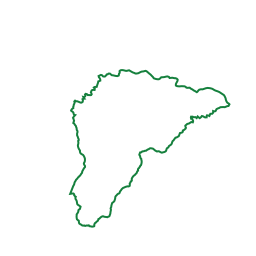 outline of Santa Rosa do Tocantins, Tocantins, Brazil, rotated 143°
{"feature_id": "56859067B11152790911954", "entity_name": "Santa Rosa do Tocantins", "entity_type": "district", "adm_level": 2, "iso_a3": "BRA", "parent_name": "Brazil", "parent_adm1": "Tocantins", "projection": "albers", "projection_center": [-48.09, -11.411], "detail": "fine", "context": "isolated", "style": "outline", "palette": "green", "viewbox_px": 256, "rotation_deg": 143, "n_neighbors": 0, "source": "geoboundaries", "source_scale": "gbopen_adm2", "svg_char_len": 5672}
<svg xmlns="http://www.w3.org/2000/svg" viewBox="0 0 256 256"><g transform="rotate(143 128 128)"><path d="M31.6,96.6L33.4,101.7L34.3,103.3L35.4,104.9L36.1,106.1L36.8,107.9L37.3,108.9L38.5,110.4L40.3,112.1L41.9,112.9L44.3,113.7L45.2,114.0L46.4,115.0L48.0,115.7L49.3,115.6L50.6,115.2L51.5,115.2L52.4,117.5L52.9,118.4L53.4,120.2L53.9,120.9L54.5,123.1L56.5,124.4L57.1,125.1L57.2,126.2L57.8,127.3L60.1,129.2L61.9,130.3L62.7,131.0L63.7,132.0L64.2,133.1L63.4,134.2L62.6,134.7L60.0,135.9L59.2,136.8L59.4,138.1L60.1,139.2L60.8,139.7L62.4,141.5L64.7,142.9L64.6,144.2L65.5,145.5L66.6,146.1L67.6,146.5L68.5,146.9L69.5,147.5L70.9,148.5L73.1,148.2L74.1,148.4L75.1,149.2L76.1,150.2L76.9,151.3L77.5,152.2L77.4,153.6L77.7,155.8L77.8,157.0L78.2,158.4L78.7,160.8L79.0,162.1L79.5,163.0L80.3,163.4L81.6,163.9L83.3,164.9L85.2,165.3L86.7,165.5L87.7,166.0L88.8,166.6L89.4,167.2L89.7,168.0L90.5,169.1L91.2,170.5L91.6,171.5L92.4,173.4L93.2,173.8L94.6,174.4L95.5,175.1L96.0,175.8L96.9,176.9L97.5,177.5L98.1,178.0L99.3,178.6L100.5,178.5L101.4,177.1L102.6,176.7L103.8,175.5L105.2,175.8L106.3,176.8L107.1,177.7L108.0,178.8L109.2,180.0L109.7,182.3L110.9,183.2L112.0,183.1L112.8,183.6L113.7,183.2L114.6,183.1L115.4,183.0L116.2,183.5L116.9,184.3L117.0,185.8L117.7,186.7L118.8,186.9L120.2,187.2L120.7,186.0L120.6,184.8L120.9,183.6L121.6,182.5L122.8,182.8L123.7,183.1L124.4,182.4L125.4,181.7L126.5,181.0L127.4,180.3L128.3,179.7L129.0,180.3L130.0,180.8L130.9,180.9L130.9,179.3L131.8,178.5L132.7,179.3L133.4,179.7L134.3,179.9L135.3,179.4L136.3,178.7L136.3,177.8L136.7,176.8L137.6,176.5L138.5,177.0L139.3,177.8L140.3,178.5L140.3,179.4L140.7,180.1L141.3,180.8L142.2,180.6L142.5,179.5L143.3,179.0L144.4,179.1L145.0,179.8L145.3,178.8L145.2,177.7L146.2,178.3L147.0,178.4L147.3,177.3L148.4,176.2L149.8,176.2L150.6,176.8L151.2,177.8L151.7,178.7L152.5,179.9L153.4,180.6L153.8,181.7L154.9,181.5L155.2,180.5L156.5,179.6L157.5,179.1L158.2,178.3L159.0,177.9L159.7,176.8L160.8,176.9L162.0,176.7L163.0,176.1L162.8,175.1L162.4,174.2L162.4,173.0L162.9,172.1L163.1,171.0L162.4,170.1L163.5,169.9L164.5,169.7L165.8,169.2L166.0,168.1L166.4,167.3L166.6,166.4L167.3,165.8L168.1,165.4L168.7,164.8L168.3,163.9L168.5,162.6L168.4,161.1L168.9,159.8L169.1,158.8L169.6,158.2L170.1,157.1L170.2,156.0L170.8,155.1L171.9,154.3L172.6,153.4L173.1,152.7L173.3,151.7L173.5,150.9L173.9,150.0L174.0,149.2L174.6,148.0L175.6,147.7L176.0,146.9L176.5,146.1L177.2,145.3L178.4,144.4L179.1,143.2L179.4,142.4L179.7,141.4L179.9,140.0L179.9,139.0L180.7,137.9L181.1,136.7L181.0,135.7L180.6,134.7L180.1,133.5L180.1,132.7L180.2,131.8L180.5,130.5L180.9,129.4L181.4,128.7L182.2,127.7L183.1,127.0L184.1,126.6L184.8,126.0L185.1,124.8L185.2,123.5L185.8,122.7L187.2,122.4L188.2,122.0L189.2,121.5L190.2,121.1L191.0,120.6L191.6,119.9L192.8,119.6L194.0,119.2L194.8,118.8L195.7,118.9L196.5,118.6L197.7,118.6L198.9,118.1L200.0,118.0L200.9,117.8L201.6,117.4L202.4,117.1L203.2,116.8L204.0,116.2L204.9,115.4L205.7,115.0L206.7,114.6L213.8,110.2L213.1,109.8L212.2,109.4L211.0,108.5L210.9,107.4L211.5,106.6L211.4,105.5L211.1,104.5L212.0,104.0L212.6,102.9L212.7,101.4L213.0,100.3L213.5,99.4L213.9,98.6L214.3,97.8L214.3,97.0L213.9,96.0L213.6,95.0L213.2,93.8L214.1,93.0L215.4,92.2L216.6,92.4L217.4,91.9L218.0,91.1L219.2,90.5L220.1,90.2L221.0,89.9L221.6,89.1L222.4,88.2L223.2,86.9L223.7,85.8L223.5,84.7L223.1,83.6L223.9,82.3L224.4,81.1L224.0,79.8L223.5,78.9L223.3,77.9L222.6,77.0L221.6,76.5L221.2,75.6L219.8,75.1L219.0,74.4L217.9,73.9L217.9,72.8L217.2,72.2L216.6,71.4L216.0,70.8L215.2,70.3L214.1,69.9L213.5,70.5L212.9,71.3L211.7,71.9L210.6,71.8L209.5,72.1L208.2,72.0L207.3,72.4L206.4,73.1L205.5,72.8L204.5,73.0L203.1,73.1L202.2,73.0L201.1,72.6L200.4,71.5L199.7,70.7L198.9,70.0L198.2,69.2L197.4,69.1L196.6,68.8L195.6,68.9L194.7,69.6L194.0,70.0L193.3,70.6L192.5,71.5L191.4,72.4L190.6,73.3L190.4,74.1L189.6,74.7L188.9,75.0L188.1,75.9L187.2,76.6L186.4,77.2L185.6,77.7L184.2,77.6L182.8,77.9L181.9,78.5L180.6,79.5L179.6,80.6L178.7,81.0L177.6,81.1L176.6,81.4L175.4,81.4L174.4,81.1L173.6,81.3L172.8,82.0L172.0,82.3L171.1,82.4L170.4,82.8L169.3,83.0L167.9,83.1L166.6,82.7L165.5,82.5L164.4,82.1L163.5,81.7L162.6,80.9L161.4,80.8L160.6,81.7L160.0,82.7L158.8,83.0L158.0,83.7L157.2,83.5L156.4,83.9L155.7,85.1L154.7,85.7L153.6,86.1L152.4,86.4L151.5,86.4L150.4,86.4L149.6,86.7L148.5,86.7L147.5,87.3L146.7,87.8L145.6,87.9L145.0,88.9L144.2,89.4L143.3,89.4L142.4,89.8L141.5,90.0L140.9,90.5L140.0,90.5L139.0,91.2L138.0,92.1L137.4,92.8L136.8,93.7L136.5,94.6L136.0,95.3L136.1,96.3L135.7,97.5L135.2,98.3L135.1,99.8L134.0,100.6L133.0,101.2L132.1,100.6L130.7,100.7L129.3,99.9L128.1,99.6L127.3,99.0L126.4,99.0L125.4,99.0L124.1,98.6L122.9,98.6L122.1,98.2L121.3,97.4L120.5,96.5L120.2,95.3L120.0,94.4L119.8,93.5L119.4,92.7L119.0,91.8L117.9,91.3L117.2,90.6L116.8,89.7L116.4,88.8L115.8,87.9L114.7,87.5L113.6,87.0L112.7,86.8L111.8,86.7L110.7,87.3L109.7,88.1L108.8,88.4L107.5,88.2L106.3,88.9L105.3,88.9L103.8,88.8L102.6,89.1L101.1,90.2L100.2,90.7L99.1,90.7L98.0,91.1L95.9,91.7L94.9,91.2L93.7,91.1L92.5,90.9L91.2,91.6L89.6,92.7L87.7,91.9L86.5,92.0L85.7,93.0L84.1,92.7L83.3,92.8L82.2,92.9L81.5,93.5L81.4,94.4L80.8,95.4L79.2,95.5L78.4,95.6L77.5,95.3L76.7,94.9L73.9,94.7L72.8,93.5L71.9,94.2L71.5,95.0L71.5,96.1L71.1,97.4L71.9,97.6L71.5,98.5L70.8,99.1L69.5,98.1L69.1,97.1L67.6,96.1L67.2,94.6L65.4,95.3L65.2,94.1L64.8,92.7L63.2,92.7L61.8,93.1L61.1,92.3L60.6,91.1L60.1,90.1L58.8,89.2L58.0,90.2L57.3,90.6L56.3,89.6L55.8,88.6L53.7,89.8L52.1,88.7L50.8,89.0L49.8,90.3L49.2,89.4L48.0,88.8L45.9,89.8L44.3,89.5L43.0,89.1L41.7,89.0L39.3,87.4L38.2,86.4L36.7,86.0L35.5,85.7L34.5,85.1L32.7,85.9L32.8,86.8L33.4,88.3L33.4,89.2L33.3,90.1L32.8,91.8L32.2,92.9L31.7,95.1L31.6,96.6Z" fill="none" stroke="#15803d" stroke-width="2"/></g></svg>